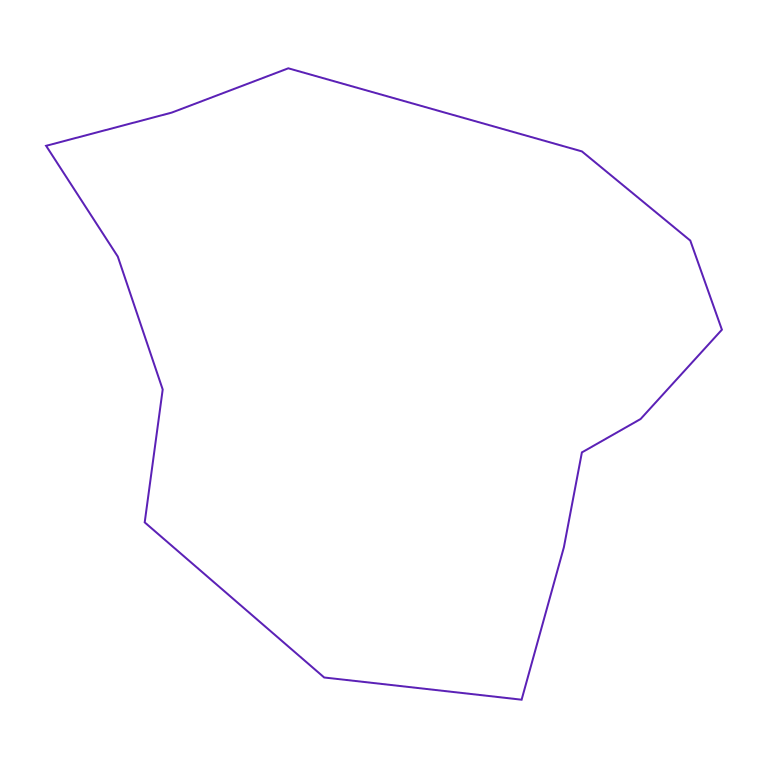 the border of Birkirkara
{"feature_id": "MLT-5939", "entity_name": "Birkirkara", "entity_type": "state/province", "adm_level": 1, "iso_a3": "MLT", "parent_name": "Malta", "parent_adm1": "", "projection": "orthographic", "projection_center": [14.465, 35.893], "detail": "fine", "context": "isolated", "style": "outline", "palette": "violet", "viewbox_px": 768, "rotation_deg": 0, "n_neighbors": 0, "source": "natural_earth", "source_scale": "10m", "svg_char_len": 304}
<svg xmlns="http://www.w3.org/2000/svg" viewBox="0 0 768 768"><path d="M46.1,145.8L171.7,112.6L288.3,68.3L581.9,151.4L690.3,240.6L721.9,329.7L640.6,419.0L581.9,452.4L563.9,547.2L521.6,699.7L324.2,677.5L144.7,522.4L162.7,389.5L117.8,256.6L46.1,145.8Z" fill="none" stroke="#5b21b6" stroke-width="2"/></svg>